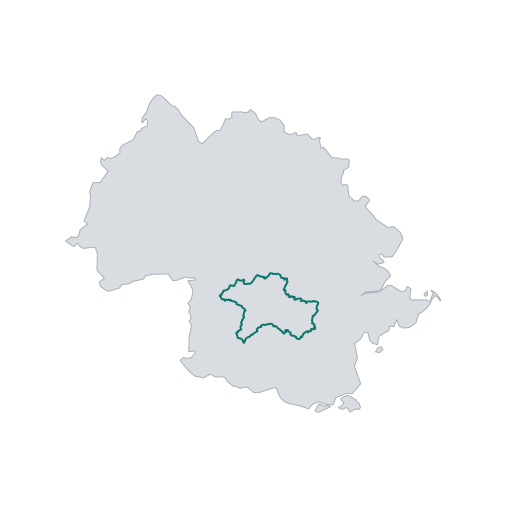 Sachsen-Anhalt highlighted on a map of Germany, rotated 119°
{"feature_id": "DEU-1600", "entity_name": "Sachsen-Anhalt", "entity_type": "State", "adm_level": 1, "iso_a3": "DEU", "parent_name": "Germany", "parent_adm1": "", "projection": "orthographic", "projection_center": [11.644, 51.989], "detail": "fine", "context": "in_parent", "style": "outline", "palette": "teal", "viewbox_px": 512, "rotation_deg": 119, "n_neighbors": 0, "source": "natural_earth", "source_scale": "10m", "svg_char_len": 9534}
<svg xmlns="http://www.w3.org/2000/svg" viewBox="0 0 512 512"><g transform="rotate(119 256 256)"><path d="M224.6,427.0L214.0,419.8L204.5,420.1L203.0,417.8L199.7,417.9L195.0,414.2L190.6,416.0L189.5,418.0L189.7,419.2L194.1,419.6L194.7,420.6L190.1,422.5L182.9,421.5L174.2,423.1L167.0,422.4L162.9,420.5L161.9,417.3L162.5,412.6L164.5,406.6L165.2,402.1L164.6,399.1L165.9,394.9L168.9,389.3L173.9,372.9L183.8,361.6L183.8,357.5L167.9,352.6L165.4,351.3L163.2,348.1L150.5,349.2L149.6,345.9L146.3,344.4L142.6,346.7L141.4,346.3L137.0,338.5L136.0,335.0L133.8,332.5L130.4,331.8L131.9,325.0L135.5,320.2L135.9,316.0L129.1,312.0L126.0,307.0L125.5,301.3L127.9,295.0L133.9,291.5L133.6,285.1L129.0,281.5L128.8,280.4L131.0,278.1L124.4,270.4L126.5,263.3L125.5,261.1L122.3,259.2L121.4,257.0L123.8,256.7L129.8,252.1L130.1,251.3L128.5,250.5L128.5,248.4L132.9,238.2L132.8,236.3L130.2,231.0L130.3,229.1L126.7,223.0L126.9,221.1L133.4,217.9L138.7,221.0L140.8,219.5L143.5,219.9L150.1,217.7L152.1,214.6L149.7,211.8L150.1,209.8L157.8,204.4L159.2,201.6L160.0,196.3L159.1,194.4L158.2,193.2L152.1,191.9L150.6,188.7L151.5,184.6L152.6,183.9L160.1,184.4L163.8,172.8L165.8,169.2L167.2,154.4L163.5,149.8L165.5,141.4L168.5,137.0L170.8,135.9L180.4,135.7L190.9,136.5L194.9,143.7L193.1,147.1L195.6,148.9L196.9,148.3L198.7,141.9L199.7,140.9L203.9,145.4L203.7,151.1L205.3,143.5L204.6,138.1L205.4,133.0L208.1,128.7L215.8,130.8L224.3,130.2L227.5,132.3L234.4,142.5L239.9,144.8L235.7,142.5L227.2,130.1L218.1,126.7L216.2,123.1L216.8,110.9L213.4,108.4L209.7,109.1L209.3,106.3L210.0,104.3L218.4,101.3L218.7,98.0L211.7,85.8L211.6,80.6L217.8,81.2L225.4,83.9L227.2,85.7L237.0,83.7L244.4,87.4L247.7,92.5L247.8,96.9L243.4,101.8L250.9,101.3L252.7,105.0L256.7,103.7L266.8,109.6L274.5,106.7L275.8,111.4L274.3,116.0L268.8,120.9L270.0,124.0L271.7,124.7L276.8,124.1L285.0,127.2L295.9,117.8L304.5,116.6L317.1,102.5L329.5,105.0L332.9,110.9L341.3,117.4L348.8,116.6L351.7,122.8L353.1,130.5L357.7,134.4L364.2,135.9L365.6,144.0L369.3,156.7L369.4,160.6L368.4,165.1L366.4,168.8L362.2,173.4L362.0,175.9L373.3,186.4L376.5,191.8L375.0,199.8L376.9,203.6L378.8,204.8L379.6,206.7L379.8,211.3L381.2,212.6L379.3,221.0L377.4,224.4L378.1,227.3L381.3,232.3L381.5,238.7L387.9,242.6L390.6,251.1L389.4,258.5L384.2,271.7L379.6,270.2L379.8,267.4L378.9,267.2L377.3,263.8L370.6,262.0L368.7,263.7L372.3,268.4L358.6,275.4L348.5,278.3L345.0,283.2L343.2,282.3L339.2,284.5L337.5,287.7L332.6,288.7L330.5,292.7L325.2,291.6L318.8,293.5L315.9,295.5L310.7,303.5L306.4,297.5L305.3,297.5L305.1,299.4L307.7,303.8L308.7,307.4L316.3,314.0L317.9,316.8L314.3,324.2L321.8,337.1L327.4,343.2L330.6,343.1L337.6,351.0L342.2,353.8L345.8,359.3L350.3,360.0L357.3,366.6L358.8,368.8L358.1,377.2L354.8,380.4L348.9,377.8L345.6,388.2L330.9,395.8L326.7,400.4L326.7,401.9L332.9,410.5L333.0,414.3L331.2,418.4L335.6,419.4L336.2,421.4L335.1,429.7L328.6,426.8L327.3,422.3L324.6,420.9L318.2,422.5L309.5,418.8L308.8,423.4L294.0,425.2L283.8,429.7L280.7,432.6L272.6,434.0L270.7,433.7L267.3,428.0L253.6,426.4L251.2,435.0L249.4,437.4L245.2,439.0L245.9,435.0L241.6,433.5L241.5,430.9L238.7,428.2L231.8,424.8L228.6,427.0L224.6,427.0ZM348.1,105.8L348.9,109.0L348.2,110.6L345.0,108.0L341.9,108.1L340.2,112.3L338.8,112.5L334.0,108.9L333.2,107.1L333.4,98.6L334.8,96.8L335.0,94.2L337.6,91.4L339.9,91.2L341.9,95.1L346.4,97.6L346.8,98.7L344.5,102.1L345.1,103.9L348.1,105.8ZM362.5,125.6L362.7,129.4L354.8,129.2L354.0,126.5L354.5,123.7L351.8,120.9L351.7,117.7L362.5,125.6ZM202.8,82.9L200.9,86.5L201.5,79.9L204.8,73.0L206.0,73.3L204.2,76.4L203.8,80.4L210.5,81.1L209.6,82.3L202.8,82.9ZM281.9,105.0L277.7,105.0L274.5,102.7L276.5,99.5L280.5,101.1L281.9,105.0ZM209.0,89.4L207.9,90.5L203.9,89.2L207.0,87.1L208.7,87.7L209.0,89.4Z" fill="#d9dde1" stroke="#a8b0b8" stroke-width="1"/><path d="M264.6,235.4L264.2,235.1L263.4,233.6L263.4,232.3L263.2,231.7L262.7,231.2L262.5,230.7L262.3,230.4L262.1,229.8L262.0,229.4L261.5,229.1L261.0,228.4L260.8,227.2L260.9,225.4L261.1,225.1L261.6,224.8L261.9,224.4L262.3,224.1L262.7,223.6L262.7,223.2L262.6,222.5L262.5,222.3L262.0,221.8L261.9,221.6L262.1,220.8L262.3,220.5L262.8,220.3L262.9,220.1L262.4,220.1L262.0,219.6L261.3,219.2L261.2,218.8L260.7,218.1L260.7,217.8L261.0,217.6L261.9,217.7L262.2,217.6L263.1,216.7L263.1,216.1L263.4,216.0L265.0,215.8L268.8,215.8L269.6,215.5L270.2,215.5L271.6,215.5L272.1,215.4L272.2,215.2L272.3,215.0L272.3,214.3L271.7,213.8L271.7,213.7L272.0,213.3L273.0,213.0L273.6,212.7L274.3,212.1L274.6,211.7L274.9,211.1L274.8,210.4L274.6,210.2L274.3,210.1L274.0,209.9L273.8,209.5L273.8,209.1L274.0,208.6L274.3,208.3L275.5,207.9L275.6,207.7L275.7,207.4L275.6,206.8L275.5,206.5L275.3,206.5L275.2,206.8L275.0,206.0L274.5,206.0L273.7,204.8L273.7,204.6L274.2,204.1L274.2,203.9L274.0,203.5L273.9,203.2L273.3,202.8L273.2,202.3L273.3,202.1L273.8,201.9L275.1,201.7L275.3,201.4L275.4,200.8L275.2,200.5L274.4,199.7L273.9,199.6L273.6,199.3L271.6,196.6L271.6,195.9L272.0,195.0L272.5,194.8L273.2,194.9L273.4,194.9L273.2,194.4L272.4,193.1L272.0,192.7L271.8,191.8L271.8,190.9L271.9,190.6L272.6,189.7L272.7,189.3L272.6,189.2L272.2,189.0L271.9,189.1L271.6,189.4L271.3,189.4L271.1,189.2L270.1,187.7L268.8,184.9L268.4,184.6L268.1,184.6L267.8,184.3L267.6,183.8L267.6,183.1L267.0,182.5L266.6,181.3L266.7,180.6L266.6,179.8L266.7,179.4L266.6,179.0L266.7,178.9L267.7,178.5L269.0,178.4L270.2,178.5L271.8,177.9L272.4,177.7L272.7,177.3L273.2,176.9L273.3,176.7L273.3,176.1L273.5,175.8L273.6,175.6L273.9,175.5L274.9,175.5L275.8,175.7L276.5,176.0L278.2,175.9L279.5,176.2L279.9,176.5L280.2,176.7L280.5,177.1L281.0,177.2L281.5,176.8L281.8,176.9L282.3,176.9L284.1,176.1L285.1,175.9L286.8,174.2L287.6,174.2L287.5,173.3L287.5,172.9L287.7,171.8L287.9,171.3L288.4,171.0L288.7,171.2L289.1,171.2L289.4,171.0L289.9,169.4L291.2,169.1L291.5,169.3L291.5,169.7L291.3,170.1L291.1,170.4L291.5,170.6L292.4,170.6L292.7,170.9L292.9,171.5L293.0,171.9L293.1,172.2L293.6,172.3L294.6,171.8L295.1,171.7L295.9,173.0L296.3,173.3L297.2,173.3L297.6,173.5L297.4,174.1L297.1,174.6L297.0,174.8L298.9,176.0L299.7,176.2L300.8,176.8L301.3,176.9L301.7,176.7L302.4,176.7L304.5,176.5L304.8,176.8L305.0,177.1L304.9,177.6L305.6,177.7L306.7,177.4L307.5,177.7L307.8,178.2L308.4,180.0L308.4,180.3L308.3,180.8L307.4,181.6L307.3,181.9L307.4,182.2L307.7,182.7L307.7,183.0L307.4,183.4L307.2,183.8L307.3,184.1L307.6,184.6L307.8,185.3L308.3,185.9L308.2,186.7L308.0,187.6L307.7,188.2L307.1,188.5L306.4,188.4L306.3,189.2L306.3,190.3L306.1,191.1L305.4,192.3L305.6,192.5L306.3,192.4L306.5,192.5L306.1,193.2L306.0,193.3L306.1,193.8L306.3,194.1L306.7,194.2L307.4,193.9L307.6,193.7L307.7,193.0L307.9,192.8L308.2,192.9L308.4,193.1L309.0,194.0L309.9,194.1L310.2,193.9L310.3,194.0L310.1,194.5L310.1,195.2L310.1,195.5L309.7,196.1L309.5,196.8L309.3,197.1L309.0,197.4L309.0,197.7L309.2,198.0L309.0,199.1L308.5,200.1L308.6,200.5L308.5,201.0L308.6,201.8L308.6,202.0L308.3,202.6L307.8,203.9L307.8,204.1L307.9,205.2L308.2,205.6L308.5,205.6L308.8,206.1L309.0,206.4L309.0,206.7L308.3,207.4L307.9,208.5L307.7,208.9L307.7,209.2L308.2,210.5L309.0,211.3L309.3,212.1L310.0,212.5L310.6,213.1L312.4,215.5L312.5,216.3L312.9,216.8L314.3,217.7L315.0,217.7L315.3,217.2L315.6,217.2L316.3,218.2L317.7,219.2L318.2,219.5L319.5,219.8L319.9,219.4L320.7,218.9L320.8,218.8L320.9,218.4L321.2,218.4L325.0,220.6L326.4,220.8L326.8,221.1L327.2,222.1L327.4,222.2L328.9,222.2L329.8,222.5L330.2,222.8L330.7,223.5L332.4,224.6L332.9,224.8L334.8,224.6L335.0,224.6L335.3,224.9L335.6,225.2L336.0,224.5L336.2,224.4L337.3,224.4L337.8,224.6L337.6,225.2L336.6,226.3L335.6,228.1L335.6,228.4L335.7,230.0L335.9,230.5L336.2,231.0L336.4,231.5L336.3,232.1L335.5,233.2L333.6,234.9L333.0,236.0L332.5,235.8L331.8,235.2L331.4,235.0L330.9,235.3L330.5,235.4L330.1,234.9L329.5,234.6L328.7,234.4L328.3,234.2L328.0,233.5L327.1,233.6L326.9,234.0L325.4,235.3L324.8,235.5L324.0,235.2L322.9,235.1L322.5,235.3L322.0,236.3L321.4,236.8L321.0,236.8L320.9,236.6L318.0,237.1L317.6,236.8L315.3,236.8L315.0,236.9L314.8,238.0L314.6,238.2L312.5,238.5L310.8,239.3L309.9,239.2L308.9,238.8L308.6,239.6L307.8,240.4L307.8,242.5L307.7,243.1L307.4,243.3L307.2,243.7L306.7,244.1L306.8,245.2L307.0,245.7L307.1,246.8L307.1,247.5L307.5,248.7L307.6,249.0L307.5,249.6L307.4,250.0L307.2,250.1L306.8,250.2L306.4,250.4L306.2,251.0L306.0,251.6L306.3,252.3L306.3,253.3L306.9,254.1L307.0,254.5L307.1,255.9L307.0,256.4L306.7,256.8L306.7,257.2L307.6,257.5L307.5,258.7L307.7,259.3L308.4,259.9L308.5,260.7L308.6,260.9L308.8,261.0L310.0,261.2L310.0,261.6L309.5,262.5L309.4,263.4L309.5,263.6L310.1,263.9L310.3,264.3L310.4,264.5L309.7,266.0L308.6,267.3L308.6,267.7L308.7,268.1L308.2,268.5L307.9,268.5L307.7,268.1L306.9,267.4L306.6,267.3L306.4,267.6L305.9,267.8L304.2,267.2L303.4,267.4L302.2,267.6L302.0,267.1L301.1,266.5L300.8,266.2L300.6,265.7L300.2,265.3L298.7,264.6L298.1,264.1L297.8,264.1L295.1,264.3L294.7,264.6L294.1,264.1L294.0,263.5L293.6,263.0L293.5,262.6L293.3,262.2L293.2,261.3L293.2,261.1L292.4,260.5L291.2,260.7L289.9,260.7L288.5,260.5L287.6,261.0L286.0,260.9L285.4,260.6L285.2,260.3L285.0,259.5L285.1,259.3L285.3,259.2L285.3,258.5L285.1,257.7L284.5,256.6L284.2,256.3L283.6,256.0L282.9,255.6L282.6,255.0L283.0,254.5L284.5,254.2L285.2,253.8L285.6,253.4L285.8,253.0L286.1,252.5L284.4,249.9L283.6,248.4L282.1,247.2L281.3,246.9L278.6,246.5L277.4,246.5L272.9,246.0L272.1,245.5L271.8,245.1L271.9,244.3L272.1,243.2L271.8,242.7L271.3,241.7L271.4,240.6L271.0,240.1L270.8,239.8L270.4,238.6L270.4,238.3L270.6,238.1L271.2,238.3L271.4,238.2L271.5,238.1L271.5,237.6L271.3,237.0L271.1,236.9L270.7,236.9L269.8,236.5L269.4,236.1L268.6,236.1L267.3,235.4L264.6,235.4Z" fill="none" stroke="#0f766e" stroke-width="2"/></g></svg>